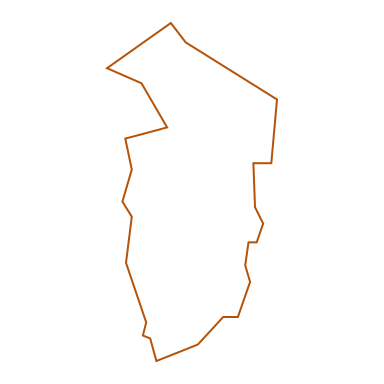 outline of Mundri East, Western Equatoria, South Sudan
{"feature_id": "79223893B67918062022173", "entity_name": "Mundri East", "entity_type": "district", "adm_level": 2, "iso_a3": "SSD", "parent_name": "South Sudan", "parent_adm1": "Western Equatoria", "projection": "equal_earth", "projection_center": [30.696, 5.301], "detail": "fine", "context": "isolated", "style": "outline", "palette": "amber", "viewbox_px": 384, "rotation_deg": 0, "n_neighbors": 0, "source": "geoboundaries", "source_scale": "gbopen_adm2", "svg_char_len": 458}
<svg xmlns="http://www.w3.org/2000/svg" viewBox="0 0 384 384"><path d="M253.4,163.4L253.4,163.2L271.3,163.2L277.0,99.5L185.7,42.4L170.8,23.0L107.0,68.2L141.5,83.3L167.1,127.4L125.3,138.6L131.8,169.6L122.4,201.6L131.8,216.7L126.0,262.8L146.2,322.4L142.9,335.5L150.2,338.5L156.4,361.0L197.9,344.5L223.2,317.0L237.9,317.0L250.1,281.9L245.2,265.4L248.5,242.3L256.7,242.3L263.2,223.6L255.0,207.2L253.4,163.4Z" fill="none" stroke="#b45309" stroke-width="2"/></svg>